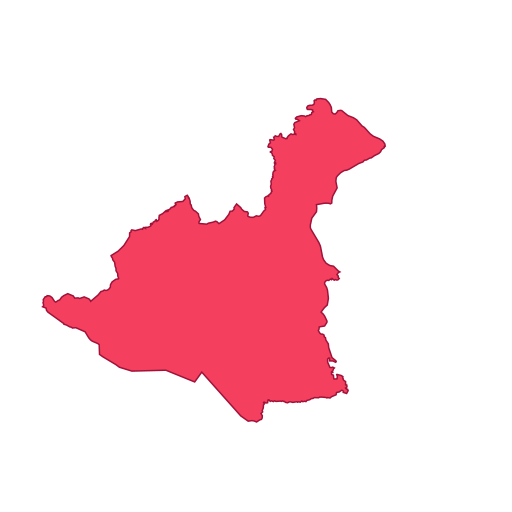 the district of Tuy, Tuy, Burkina Faso, rotated 304°
{"feature_id": "67063806B52798800731394", "entity_name": "Tuy", "entity_type": "district", "adm_level": 2, "iso_a3": "BFA", "parent_name": "Burkina Faso", "parent_adm1": "Tuy", "projection": "natural_earth1", "projection_center": [-3.482, 11.43], "detail": "fine", "context": "isolated", "style": "filled", "palette": "rose", "viewbox_px": 512, "rotation_deg": 304, "n_neighbors": 0, "source": "geoboundaries", "source_scale": "gbopen_adm2", "svg_char_len": 6145}
<svg xmlns="http://www.w3.org/2000/svg" viewBox="0 0 512 512"><g transform="rotate(304 256 256)"><path d="M208.2,138.4L207.3,138.2L206.3,138.9L204.5,138.3L201.4,140.3L190.9,140.6L182.9,139.0L175.3,135.6L174.6,136.5L174.1,138.0L172.7,139.5L171.8,142.2L168.6,145.1L167.4,146.9L165.5,148.2L164.1,151.2L162.2,152.5L160.7,154.6L160.1,154.7L158.3,152.8L154.1,151.2L150.9,151.4L148.6,152.7L146.2,152.5L144.4,151.8L143.4,150.7L142.9,149.2L141.6,148.8L139.8,147.3L135.4,146.9L126.0,144.3L126.5,143.5L127.0,141.5L126.0,136.4L122.2,133.6L121.8,131.9L119.7,129.3L120.7,126.8L119.5,121.0L115.7,118.8L113.1,117.9L109.7,117.8L108.4,116.8L105.8,115.8L105.7,114.4L107.5,110.2L107.6,107.9L107.3,106.8L106.3,105.0L105.3,105.1L104.3,104.0L100.9,104.0L99.2,105.4L98.2,105.5L97.0,107.0L95.8,107.8L94.6,107.5L95.4,111.1L93.8,112.7L93.1,114.9L92.5,134.3L92.0,134.9L92.8,137.4L93.1,141.2L93.8,143.0L93.6,144.0L95.8,146.7L97.6,156.7L94.6,163.2L93.9,165.7L93.8,167.8L94.9,173.6L94.9,175.5L86.9,181.3L86.8,185.5L87.6,200.5L87.4,205.0L91.2,217.5L110.9,245.1L117.3,275.6L129.4,276.0L114.9,332.8L114.7,341.9L117.2,344.6L118.2,346.7L118.7,349.3L122.3,350.8L123.6,351.9L125.2,351.7L127.2,350.5L128.2,348.2L130.5,348.7L131.3,347.6L134.1,347.0L136.7,345.5L138.0,345.6L138.8,344.2L139.4,344.4L139.6,346.3L140.8,347.7L143.4,346.5L144.0,347.1L143.4,349.1L144.6,349.8L145.0,351.8L146.3,352.3L146.6,353.9L149.4,357.4L149.7,358.4L150.7,359.0L150.9,360.3L151.2,360.5L151.2,362.5L152.0,364.3L153.7,365.2L154.4,366.1L155.2,368.4L158.1,371.4L158.0,372.2L159.1,373.0L159.5,374.4L161.4,375.1L161.4,376.3L162.8,377.5L163.2,378.8L164.8,379.0L167.0,381.0L168.5,381.5L169.8,382.9L171.2,383.5L173.5,387.2L174.5,387.6L175.8,389.4L177.8,393.1L178.0,394.2L178.6,394.4L179.7,396.8L181.6,397.3L185.7,400.0L187.9,399.1L189.8,401.0L192.6,402.1L192.9,403.0L192.7,404.2L191.7,404.6L192.7,408.0L195.9,407.7L196.7,406.5L196.3,406.0L196.4,404.3L196.7,404.0L197.3,404.8L198.9,404.3L199.6,403.5L199.2,403.5L199.4,402.2L202.0,400.5L202.0,398.5L202.4,397.3L203.2,396.7L203.3,396.1L204.6,395.5L204.6,393.5L203.1,389.3L202.8,389.2L201.7,390.7L199.8,391.7L199.4,391.8L197.8,389.7L197.7,389.2L200.5,386.8L200.1,384.9L201.7,383.7L202.3,384.5L202.6,383.5L203.6,384.0L205.7,383.3L207.0,383.6L206.8,381.8L205.5,380.7L205.0,379.5L208.1,374.7L210.6,373.0L212.0,373.3L212.5,374.1L210.2,375.7L212.0,378.5L212.4,381.4L213.2,381.6L213.8,380.8L214.3,375.8L220.6,367.6L223.6,365.1L225.4,360.9L227.2,359.2L227.1,357.9L228.5,356.6L228.5,355.0L227.7,353.8L227.7,352.2L229.0,349.4L230.4,349.2L232.6,348.1L236.3,352.0L240.6,351.9L241.7,351.3L244.4,346.8L245.4,344.3L245.9,341.3L251.4,341.6L255.2,342.5L261.4,339.7L267.5,334.5L269.3,332.3L271.2,328.5L272.6,327.7L274.7,327.9L276.0,328.9L276.4,330.0L278.5,330.6L278.6,331.9L279.9,331.7L279.7,334.4L280.8,334.9L281.3,336.6L282.4,337.4L283.9,337.6L284.2,336.1L285.4,335.4L285.8,333.5L288.4,333.6L289.7,334.4L289.6,332.4L290.9,326.0L289.4,322.5L289.2,318.2L290.7,314.1L292.3,311.8L300.2,303.9L302.3,300.6L309.0,286.4L310.0,285.1L312.1,283.7L318.6,281.1L326.5,281.4L329.7,279.6L332.4,277.4L338.2,283.4L340.2,286.4L340.9,288.6L342.3,289.2L344.6,287.7L348.6,286.1L357.8,285.2L362.6,280.4L365.9,278.7L368.0,278.7L372.5,279.6L376.1,281.3L378.1,283.4L380.3,284.8L390.0,289.4L393.9,292.1L396.0,292.3L397.4,293.9L400.7,295.5L401.8,296.7L405.5,298.1L409.7,300.5L412.2,301.0L414.3,300.6L417.7,301.8L418.4,301.1L419.2,301.1L419.4,301.6L420.9,300.2L422.2,297.0L422.2,292.9L420.9,286.4L421.1,282.3L423.2,273.9L423.1,271.2L425.2,263.3L425.1,259.4L423.8,253.6L424.5,245.8L424.1,244.7L422.2,242.7L420.3,242.8L418.0,242.3L417.2,240.6L417.7,238.3L421.3,235.4L422.9,232.8L423.9,230.4L424.8,226.1L422.6,221.4L420.3,218.7L419.8,218.4L418.7,218.7L418.3,217.6L417.3,217.3L415.7,218.7L414.0,219.2L412.3,218.2L411.2,216.5L409.6,215.1L407.6,215.0L406.5,216.0L406.3,216.8L408.3,219.8L408.7,221.3L408.1,221.6L407.7,222.9L406.2,222.0L404.3,222.8L403.3,221.7L402.6,221.7L400.5,219.7L399.2,219.1L399.1,217.7L397.6,215.0L394.1,212.0L392.2,211.6L391.7,212.3L392.5,214.0L392.4,216.3L388.3,213.6L386.4,213.7L383.8,216.3L381.9,216.3L380.8,218.4L379.3,219.3L379.5,220.7L379.0,221.1L378.6,219.9L377.2,218.4L376.8,216.7L373.9,215.7L371.4,215.6L370.8,216.0L369.9,215.2L369.1,211.2L369.3,210.6L370.9,209.5L371.5,208.1L370.8,207.7L367.8,207.9L366.7,206.2L366.4,204.7L365.0,204.7L364.4,204.2L362.9,206.0L361.9,205.9L360.4,202.6L359.8,202.5L357.9,204.6L355.9,204.1L353.3,204.8L353.1,205.4L354.4,207.6L353.7,210.0L351.6,210.6L350.6,209.6L350.1,209.9L350.4,210.9L349.8,212.3L348.6,213.4L348.5,215.6L346.7,216.3L346.2,218.5L343.5,219.1L343.1,219.6L344.1,220.2L343.4,220.9L342.6,220.6L340.0,221.2L339.4,222.3L338.9,222.2L337.9,223.2L337.9,224.1L337.0,223.8L337.0,223.4L335.1,223.3L332.7,224.5L331.9,225.4L331.0,225.3L330.6,226.2L328.9,225.9L328.3,226.3L326.4,226.5L324.1,228.5L322.0,229.1L320.5,230.4L319.5,232.1L318.8,232.2L318.4,233.1L317.3,232.9L316.5,233.3L313.3,232.4L312.5,232.9L312.3,232.1L310.4,231.0L308.8,230.7L304.3,234.0L302.4,236.2L301.2,236.4L301.5,237.0L300.7,237.0L299.8,237.9L297.5,237.3L292.6,237.2L291.2,236.8L290.3,235.8L289.5,233.8L286.5,232.1L284.8,229.3L284.4,227.1L284.8,226.6L287.1,225.7L287.8,224.3L286.4,221.3L286.8,217.9L287.6,216.3L288.3,210.8L283.8,210.7L282.7,211.7L280.0,211.3L278.6,209.5L275.3,210.2L268.4,209.8L262.1,207.2L262.6,204.3L262.2,202.9L260.3,201.7L256.5,198.1L254.9,197.4L251.3,190.9L251.4,190.2L252.7,189.6L255.1,189.6L256.9,186.4L258.7,184.7L259.3,180.7L259.0,178.8L260.2,175.6L262.0,173.8L262.5,172.3L264.6,170.7L266.7,168.0L266.4,167.6L267.4,166.5L267.9,165.0L265.5,163.8L263.8,165.4L260.3,164.8L256.8,160.5L256.1,160.4L254.9,159.4L254.4,159.6L253.9,160.9L252.8,160.9L252.5,160.4L251.4,160.6L251.4,160.2L249.4,159.3L249.0,158.6L246.3,158.3L244.6,157.0L244.3,158.0L243.9,158.1L242.6,156.8L243.5,156.4L243.2,156.0L238.9,154.9L235.6,153.1L233.1,154.3L232.5,155.0L230.9,155.0L229.3,154.4L230.3,153.0L229.6,152.6L228.1,152.8L226.8,151.9L224.3,152.2L224.1,151.7L224.6,151.1L224.0,150.6L223.2,150.8L222.4,152.0L221.5,151.7L219.5,150.5L217.9,148.3L217.1,149.0L216.9,147.0L215.1,146.5L214.7,146.9L214.0,145.5L209.6,141.8L208.2,138.4Z" fill="#f43f5e" stroke="#9f1239" stroke-width="1.5"/></g></svg>